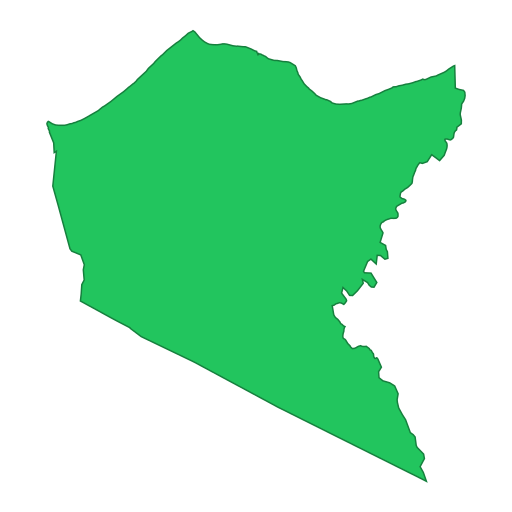 the district of North Guadalcanal, Guadalcanal, Solomon Islands
{"feature_id": "97153195B68303818667914", "entity_name": "North Guadalcanal", "entity_type": "district", "adm_level": 2, "iso_a3": "SLB", "parent_name": "Solomon Islands", "parent_adm1": "Guadalcanal", "projection": "equal_earth", "projection_center": [160.207, -9.472], "detail": "fine", "context": "isolated", "style": "filled", "palette": "green", "viewbox_px": 512, "rotation_deg": 0, "n_neighbors": 0, "source": "geoboundaries", "source_scale": "gbopen_adm2", "svg_char_len": 4645}
<svg xmlns="http://www.w3.org/2000/svg" viewBox="0 0 512 512"><path d="M454.7,65.6L453.4,66.1L451.2,67.5L448.7,69.1L446.5,70.9L444.2,72.3L437.8,75.1L436.2,76.0L431.1,77.0L425.8,79.5L424.1,79.7L422.8,79.1L421.1,80.0L417.0,81.4L415.8,81.6L412.6,82.8L408.4,83.9L405.8,84.2L402.4,85.2L398.9,85.8L396.3,86.7L393.3,86.9L392.6,87.3L392.0,87.9L390.1,88.7L388.7,89.3L385.0,90.6L379.1,93.6L375.8,94.6L371.0,97.0L369.9,97.2L367.3,98.4L366.4,98.6L361.4,100.4L360.6,100.4L359.0,101.0L357.7,101.1L351.8,103.5L348.6,104.0L346.3,103.9L339.8,104.3L336.1,104.1L332.2,103.0L331.0,102.1L330.8,101.6L326.6,99.7L325.9,99.8L324.6,99.2L320.5,97.7L316.2,95.3L314.7,93.6L311.9,91.0L309.2,89.0L308.7,88.2L306.8,86.6L304.1,83.8L302.1,80.5L301.2,79.3L300.1,77.0L298.2,74.3L297.8,72.6L296.9,70.6L296.3,68.0L295.5,66.2L295.2,65.7L290.2,62.6L288.5,62.0L285.8,61.7L283.1,61.6L277.3,60.5L274.1,60.4L268.5,58.8L267.3,58.0L265.6,56.5L263.7,55.7L263.2,55.3L262.4,55.1L261.2,54.3L260.3,54.0L258.9,54.1L258.0,54.8L257.8,54.4L258.4,53.4L257.4,53.1L256.8,52.4L256.7,51.4L254.6,50.8L251.1,49.0L245.6,46.8L242.7,46.7L237.2,46.1L236.6,46.3L235.4,46.1L233.0,45.8L226.9,44.2L224.6,43.9L222.5,43.9L220.8,44.3L217.2,44.8L213.1,44.7L209.4,44.3L207.6,43.6L204.5,41.9L202.2,40.1L199.5,37.6L198.1,35.9L194.8,31.9L193.0,30.7L192.2,31.3L188.3,33.2L185.2,36.0L182.6,38.0L180.5,40.1L178.4,41.7L176.2,43.1L166.8,50.5L162.6,54.7L161.2,55.7L158.1,58.7L155.2,61.6L153.7,63.5L148.9,67.9L148.0,68.9L146.3,71.3L137.4,79.5L136.0,81.4L134.5,82.7L134.0,83.3L133.2,83.7L129.7,86.6L128.6,87.3L127.1,88.7L123.6,91.7L116.9,96.5L110.9,101.5L104.5,106.0L102.5,107.1L98.0,110.8L84.4,118.6L80.8,120.4L77.5,121.5L75.9,122.3L73.8,122.8L71.9,123.6L70.0,123.8L67.0,124.8L64.5,125.3L58.6,125.3L55.6,125.0L52.3,123.8L48.5,121.4L48.3,121.4L47.4,122.3L46.9,123.8L47.5,125.8L48.4,127.3L48.2,128.2L48.6,129.4L49.5,131.0L49.4,132.2L53.7,142.9L54.2,152.6L56.4,151.2L52.8,186.1L54.6,192.6L58.0,204.7L70.0,248.8L71.8,251.2L80.8,254.9L84.3,264.7L83.3,269.8L84.2,280.0L81.8,284.6L81.2,294.0L80.4,301.0L110.7,317.6L117.2,321.1L130.1,327.8L130.2,328.3L141.2,336.6L192.0,361.0L194.4,362.2L231.4,382.1L262.6,398.9L271.0,403.4L277.6,407.0L422.1,479.1L426.4,481.3L423.3,472.4L420.1,466.7L424.4,458.6L423.6,454.1L417.1,447.4L416.2,445.4L415.1,437.0L413.2,434.7L410.3,432.6L405.6,419.8L402.3,414.6L398.7,408.0L397.4,402.5L397.1,399.8L398.1,393.8L394.7,386.0L389.7,382.8L382.8,380.8L379.0,377.7L378.6,371.7L381.4,367.2L377.9,359.1L376.8,357.8L376.3,357.9L375.8,358.4L374.7,358.4L373.9,357.0L373.7,356.2L373.5,354.2L373.3,353.7L372.5,352.8L371.2,350.4L370.0,349.9L369.3,348.6L366.2,346.3L365.1,346.5L363.2,346.5L361.7,346.3L360.7,345.7L358.5,346.3L356.8,347.2L356.1,347.7L354.6,348.3L352.4,348.6L350.6,347.0L350.0,345.8L347.8,343.6L345.6,340.0L344.8,339.2L343.8,338.7L343.2,338.1L342.9,337.3L342.8,336.0L343.1,333.6L343.8,331.4L344.0,328.9L344.5,327.4L345.0,326.6L343.5,325.9L341.9,324.3L341.0,323.9L340.1,322.6L340.0,322.1L337.8,319.4L335.4,317.5L333.9,315.2L333.6,313.9L332.2,305.6L334.0,305.2L335.9,303.8L337.2,303.5L339.3,302.7L341.3,303.0L343.8,304.4L345.3,302.8L346.6,300.8L346.2,299.3L341.6,293.1L343.0,287.5L346.7,291.0L349.6,295.4L352.6,295.5L357.4,290.8L363.2,283.3L362.4,279.4L367.6,282.6L369.2,285.2L371.3,287.0L374.0,287.2L376.8,282.5L371.0,273.1L364.5,272.8L363.5,271.3L367.6,261.5L370.9,259.1L376.2,264.0L377.2,255.3L380.5,255.5L384.9,259.2L387.9,258.3L387.4,251.7L386.2,249.4L385.6,245.5L380.1,242.4L383.0,232.9L382.3,231.5L381.2,229.8L380.2,227.8L380.1,226.0L380.7,224.2L381.5,222.9L382.5,222.1L383.5,221.8L384.2,221.0L385.5,220.2L387.1,219.5L389.4,218.8L390.7,218.3L392.2,218.3L393.4,218.4L395.4,218.3L396.4,218.1L397.5,217.2L398.0,216.2L398.0,213.9L397.8,213.0L396.4,210.8L395.8,209.6L395.7,208.5L396.3,206.9L397.0,206.1L398.0,205.5L401.9,203.2L403.2,203.0L405.1,202.0L405.7,201.3L405.9,200.3L404.6,199.3L403.5,198.9L402.1,198.6L400.2,197.2L399.9,196.1L400.1,195.5L400.5,193.2L401.1,192.1L402.9,190.9L404.9,189.1L407.6,187.5L410.0,185.3L411.9,183.4L412.3,181.8L412.5,179.4L412.9,176.7L413.5,175.4L414.8,171.9L415.5,170.5L415.8,169.0L416.2,168.0L416.9,166.9L417.9,165.1L419.7,162.7L422.4,163.4L427.2,161.7L431.7,154.7L439.6,160.6L444.2,155.3L445.2,152.5L446.6,148.9L447.0,147.0L447.1,145.2L446.9,143.6L446.5,142.7L445.2,141.0L444.8,139.7L445.0,139.2L446.1,139.0L447.5,139.1L449.2,139.7L450.5,139.9L451.3,139.5L452.7,138.4L453.5,137.2L454.0,133.5L454.5,132.1L455.5,130.7L456.5,130.0L456.8,128.7L456.8,127.3L461.3,123.8L461.4,120.2L460.2,114.6L460.3,112.9L461.3,108.1L461.7,103.9L463.5,101.3L464.7,98.3L465.1,95.6L464.8,92.2L463.5,90.4L458.9,89.4L455.3,88.1L454.7,65.6Z" fill="#22c55e" stroke="#15803d" stroke-width="1.5"/></svg>